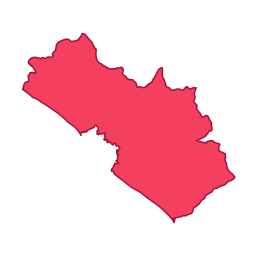 outline of Padang Pariaman, Sumatera Barat, Indonesia, rotated 352°
{"feature_id": "22746128B3683779023382", "entity_name": "Padang Pariaman", "entity_type": "district", "adm_level": 2, "iso_a3": "IDN", "parent_name": "Indonesia", "parent_adm1": "Sumatera Barat", "projection": "orthographic", "projection_center": [100.243, -0.567], "detail": "fine", "context": "isolated", "style": "filled", "palette": "rose", "viewbox_px": 256, "rotation_deg": 352, "n_neighbors": 0, "source": "geoboundaries", "source_scale": "gbopen_adm2", "svg_char_len": 5802}
<svg xmlns="http://www.w3.org/2000/svg" viewBox="0 0 256 256"><g transform="rotate(352 128 128)"><path d="M31.3,70.0L29.1,75.2L32.7,78.5L36.0,82.0L37.7,84.2L38.2,84.6L39.9,85.5L42.8,87.4L46.6,91.0L50.9,94.5L60.7,103.6L65.7,109.0L69.1,113.5L75.2,119.4L76.6,121.3L78.1,123.6L79.4,126.2L80.4,128.6L80.6,128.5L80.4,128.1L80.4,126.8L80.7,126.5L81.3,126.0L82.0,125.7L82.8,125.8L82.9,126.4L83.3,126.3L84.0,126.0L84.7,125.2L85.0,125.3L85.6,126.1L86.2,126.1L86.8,125.9L87.3,125.0L87.6,124.7L91.1,123.5L92.3,123.5L92.7,122.9L93.1,122.7L93.6,122.9L93.9,122.8L94.1,122.6L94.9,122.3L95.4,121.0L95.6,120.7L96.1,120.7L96.6,120.9L97.1,121.6L97.7,122.0L98.2,122.9L98.5,125.5L98.1,126.2L97.2,126.3L97.0,126.5L96.9,126.7L97.2,127.5L96.9,127.7L96.7,128.3L96.6,129.9L97.5,130.2L98.3,130.0L98.3,130.3L98.7,130.1L99.2,129.4L99.4,129.3L100.2,130.2L101.9,130.4L102.3,130.4L102.9,129.9L103.6,129.6L104.0,129.6L104.6,130.6L104.4,131.3L104.2,131.4L103.8,133.0L104.1,134.0L104.0,134.4L102.8,135.4L102.6,136.0L102.8,136.6L103.6,137.0L105.4,136.5L106.2,136.8L105.2,139.0L106.3,139.8L107.1,139.4L107.7,139.0L108.2,139.0L108.5,139.2L108.6,140.1L108.8,140.4L109.9,142.0L110.4,142.4L110.6,142.3L110.9,142.6L112.3,141.2L112.9,141.5L113.6,141.5L113.7,142.1L113.3,143.3L113.9,143.6L114.2,144.4L114.4,144.4L115.4,144.3L116.1,144.6L116.4,145.8L117.0,147.4L116.9,147.7L116.3,147.8L114.8,148.4L114.1,148.6L113.8,148.4L113.6,148.8L114.0,149.5L114.7,149.2L114.9,149.4L114.8,150.2L114.1,149.9L113.6,150.1L113.4,151.2L113.5,151.9L113.4,152.4L113.5,152.6L114.5,153.0L114.8,153.3L114.9,153.6L113.7,154.4L113.4,155.7L113.4,157.3L112.9,158.0L113.0,158.7L112.7,159.0L112.3,159.0L111.9,158.8L111.6,158.9L111.7,159.3L112.7,159.8L113.3,160.7L113.5,161.1L113.2,162.0L112.1,161.5L110.7,161.4L110.0,161.1L109.5,162.6L109.1,162.8L108.9,162.8L108.5,163.2L108.4,164.1L106.7,166.1L106.1,166.4L105.8,167.1L105.6,167.3L105.6,167.6L105.8,168.0L105.8,168.5L106.0,168.8L107.1,168.8L107.4,169.1L107.7,170.1L107.9,171.4L111.5,175.3L117.5,181.2L118.7,182.7L122.8,186.8L125.5,189.0L131.1,193.3L138.5,200.9L146.9,208.8L150.2,212.5L153.0,216.1L156.4,220.6L158.9,224.3L160.0,226.5L160.1,227.4L160.3,227.8L160.8,227.3L161.4,226.0L161.1,225.1L160.2,224.2L160.2,223.8L160.4,223.5L161.0,223.6L161.7,224.2L162.3,224.3L162.9,223.5L163.3,223.3L164.8,223.5L165.9,223.4L166.7,223.3L167.2,223.0L169.1,223.2L169.6,222.8L170.7,222.5L171.6,222.6L172.6,223.1L173.1,223.0L173.9,222.5L175.1,222.3L175.9,221.9L178.9,221.4L180.0,220.5L182.0,216.2L182.6,215.5L184.2,215.4L187.8,213.1L188.6,212.4L190.4,210.1L192.4,209.0L194.1,208.4L195.4,206.0L196.1,205.3L202.1,202.9L202.7,202.4L203.9,200.5L205.1,200.1L207.8,199.9L209.8,199.4L210.8,198.6L211.1,198.2L211.8,198.4L213.3,198.3L216.3,197.5L219.4,195.2L220.8,194.7L222.8,194.4L224.9,193.4L224.9,193.2L226.2,192.7L226.9,191.2L226.4,190.8L226.3,190.1L225.3,188.5L223.3,186.4L221.6,183.8L220.7,181.7L220.6,180.0L220.6,176.6L219.5,173.5L219.7,172.6L220.7,170.3L220.5,168.9L220.6,167.8L220.5,166.9L215.3,163.6L214.9,163.0L214.8,162.3L215.1,161.2L215.1,160.0L215.4,159.2L216.3,157.9L216.6,157.2L216.2,156.3L215.9,156.1L213.8,155.4L211.8,154.5L210.7,152.9L208.9,152.0L208.2,151.9L207.4,152.4L206.5,152.2L205.4,152.4L204.8,152.2L204.0,152.8L203.3,153.8L203.0,153.9L202.0,153.2L200.6,152.8L198.7,152.1L198.2,151.7L197.7,151.6L196.8,151.2L196.4,151.3L195.7,151.0L195.3,150.8L195.0,150.4L194.1,150.0L194.1,149.8L194.3,149.7L195.6,149.5L201.1,148.0L203.3,147.0L206.4,144.5L206.6,143.7L207.9,142.6L208.4,142.4L210.1,142.3L210.8,141.5L211.0,141.0L211.0,136.8L211.5,135.1L211.4,134.4L210.2,132.1L209.9,130.8L209.6,130.4L209.3,128.7L208.9,127.8L207.9,126.8L207.3,126.4L206.7,126.5L205.2,127.2L204.0,127.5L203.2,127.4L202.4,126.8L202.0,125.1L201.4,123.3L199.6,120.6L198.9,119.2L198.8,118.1L199.3,116.1L199.4,115.2L199.2,114.6L198.0,113.0L197.2,112.3L196.9,111.6L196.8,111.2L197.3,109.7L198.1,108.5L198.7,106.9L198.4,104.2L198.9,102.1L201.0,97.8L199.7,97.7L198.9,97.2L196.2,97.6L194.8,98.0L194.4,97.8L192.3,95.4L192.1,95.3L191.2,95.4L187.9,98.1L186.2,97.8L185.0,96.9L182.3,96.2L180.7,96.3L179.3,96.9L178.0,96.6L177.2,96.9L176.6,96.9L174.7,94.4L173.7,93.5L172.2,92.9L171.4,91.0L171.1,88.0L170.7,87.0L170.6,85.4L169.6,82.9L169.4,80.4L169.4,78.4L169.8,77.2L170.3,74.9L170.2,73.2L168.9,73.1L166.5,74.3L163.9,77.8L163.8,78.2L162.4,79.9L161.2,81.9L159.9,83.0L159.1,84.0L158.1,86.2L157.8,86.0L157.3,86.0L156.6,86.7L156.2,86.7L155.8,87.0L155.1,87.1L154.4,87.4L153.5,88.0L153.5,88.4L152.8,88.4L152.8,88.9L152.6,89.1L149.8,90.1L148.4,90.1L146.9,89.4L145.3,88.9L145.2,88.7L143.7,88.9L142.6,88.5L142.5,88.2L142.5,85.4L141.9,84.2L140.3,82.3L139.4,80.9L138.5,80.7L137.6,80.7L135.8,79.8L134.7,79.8L134.0,78.7L133.2,76.8L132.7,76.5L132.2,75.8L131.2,75.2L130.3,74.3L130.1,73.5L130.3,72.8L131.5,69.6L131.3,68.8L130.8,67.5L129.6,66.9L128.8,67.4L127.9,67.4L127.1,67.3L125.6,66.8L123.8,67.7L122.2,67.3L121.4,67.6L120.5,67.2L119.4,67.3L116.6,66.0L115.8,65.1L114.6,64.8L113.4,63.3L112.7,63.3L111.0,61.1L109.1,60.0L107.2,57.6L106.5,55.4L106.3,52.8L106.4,51.1L106.8,48.7L107.5,45.6L106.4,44.4L105.0,40.8L104.5,38.5L102.7,36.1L98.7,29.6L96.6,28.2L95.7,28.2L93.8,31.3L92.8,31.6L92.2,32.7L90.5,34.0L86.2,34.6L84.0,34.3L83.2,34.0L82.7,33.5L81.6,32.0L79.1,31.5L77.8,31.5L74.6,32.2L70.9,33.4L68.7,35.7L67.9,38.5L67.0,41.0L64.9,42.6L63.5,43.9L63.7,44.4L63.5,45.1L64.0,45.9L63.6,47.0L62.6,47.3L60.1,46.8L58.2,46.6L56.3,47.6L56.0,47.7L55.5,47.6L53.5,46.4L52.8,46.5L51.4,47.1L46.8,45.3L44.6,44.9L41.7,45.5L39.6,47.0L39.4,47.6L38.7,48.3L38.5,49.0L38.7,49.6L38.7,50.1L39.5,51.3L40.3,51.4L40.5,51.7L40.3,52.7L40.9,53.3L41.9,53.4L42.2,53.9L42.4,54.8L42.8,55.8L44.2,58.5L44.3,60.8L42.0,60.1L41.2,59.7L39.9,59.5L38.7,59.7L38.1,61.0L37.5,61.2L36.8,62.5L36.3,62.8L36.2,63.8L36.5,64.3L36.5,65.0L36.2,67.4L35.4,68.3L33.6,68.4L32.4,68.6L31.3,70.0Z" fill="#f43f5e" stroke="#9f1239" stroke-width="1.5"/></g></svg>